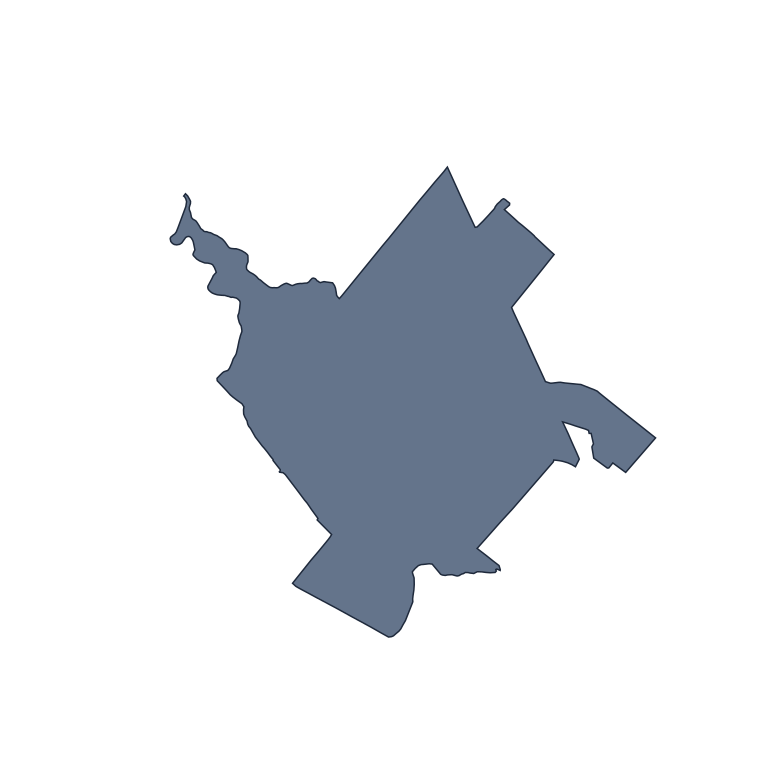 Golesti, Vrancea, Romania, rotated 208°
{"feature_id": "2599482B15818014499843", "entity_name": "Golesti", "entity_type": "district", "adm_level": 2, "iso_a3": "ROU", "parent_name": "Romania", "parent_adm1": "Vrancea", "projection": "mercator", "projection_center": [27.172, 45.659], "detail": "fine", "context": "isolated", "style": "filled", "palette": "slate", "viewbox_px": 768, "rotation_deg": 208, "n_neighbors": 0, "source": "geoboundaries", "source_scale": "gbopen_adm2", "svg_char_len": 5355}
<svg xmlns="http://www.w3.org/2000/svg" viewBox="0 0 768 768"><g transform="rotate(208 384 384)"><path d="M649.1,455.9L647.8,455.6L646.8,455.0L645.8,454.3L643.9,452.3L642.3,447.7L639.3,425.4L638.8,420.8L639.2,418.2L640.0,416.7L640.3,416.0L641.3,413.4L641.0,411.9L639.1,409.7L636.8,408.8L634.7,408.7L632.4,409.5L630.0,411.4L628.8,413.6L627.9,420.2L627.2,421.4L626.1,422.4L624.7,422.9L623.8,422.7L622.8,422.5L620.6,421.2L619.2,420.0L617.0,417.4L615.2,415.2L613.9,413.6L613.9,411.7L613.7,409.5L613.3,408.4L612.3,407.8L608.1,406.4L604.6,406.1L602.8,406.3L600.1,406.6L598.9,406.8L596.4,408.0L593.5,408.8L591.4,408.9L588.4,407.2L585.8,405.0L584.5,403.8L585.0,402.0L585.6,399.5L585.4,396.6L585.4,393.6L585.4,390.8L585.4,387.7L584.9,386.5L583.9,385.3L582.6,384.6L580.5,384.0L578.4,383.7L576.1,383.9L573.9,384.3L572.5,384.7L568.8,386.2L566.1,387.5L563.0,388.1L562.3,388.4L559.7,388.7L558.4,389.6L554.6,390.6L552.6,390.3L550.4,389.6L549.6,388.8L549.0,387.9L546.8,382.6L545.4,378.4L545.2,376.1L544.7,375.0L543.3,373.2L540.6,370.3L538.8,369.0L537.6,368.4L536.6,367.2L534.8,364.8L534.1,363.6L533.5,359.4L532.2,353.9L530.3,347.5L528.7,341.5L528.6,339.9L528.9,335.3L528.2,330.9L527.8,325.3L528.3,322.6L531.0,319.8L531.8,318.3L532.8,315.2L534.1,310.6L532.8,308.6L519.6,304.1L514.7,302.3L511.2,301.5L506.4,300.7L500.2,299.9L497.0,298.1L495.9,295.2L493.8,291.6L491.6,289.7L487.5,287.0L485.6,284.7L483.7,283.2L480.9,282.0L472.6,276.7L468.1,274.7L462.2,272.0L459.7,271.1L455.0,269.1L450.2,266.8L446.8,265.4L446.3,265.1L446.1,264.4L437.1,260.4L435.4,259.7L435.0,258.7L435.0,257.9L435.2,257.4L434.8,257.1L431.4,258.3L428.6,257.7L420.6,254.0L413.0,250.5L402.8,245.7L399.6,244.2L396.1,242.8L392.8,241.1L389.5,239.3L379.2,234.3L379.2,232.6L359.6,226.5L359.7,224.0L360.2,220.6L363.2,205.7L365.7,194.4L371.2,165.1L368.5,164.4L367.0,164.0L365.4,163.9L360.9,163.8L355.9,163.8L341.8,163.7L323.4,163.7L302.6,163.4L281.1,163.2L271.1,162.9L261.2,162.7L258.8,164.4L258.1,165.2L257.4,166.1L256.2,169.3L254.8,172.7L254.2,175.6L254.2,180.2L254.0,185.1L255.9,201.9L256.3,205.2L257.8,207.7L259.1,211.0L260.9,216.1L263.2,221.2L264.7,223.9L266.4,226.9L269.9,230.3L270.8,231.5L269.9,235.7L268.4,239.8L266.4,242.0L264.5,243.2L259.7,246.5L256.9,247.6L246.1,243.2L244.7,242.6L242.9,242.7L240.1,243.7L238.2,245.3L234.4,247.6L231.2,248.3L229.3,248.8L227.8,250.0L226.3,252.5L224.8,253.9L223.8,255.7L221.2,257.0L219.2,257.5L217.5,258.2L215.8,258.8L214.2,261.1L213.4,262.1L209.5,264.0L205.5,265.5L201.6,267.2L197.4,269.8L197.0,271.5L198.2,272.6L197.9,273.3L196.9,273.7L193.9,273.9L194.2,274.7L197.2,277.7L198.9,278.0L204.3,278.9L211.2,280.2L224.6,282.5L220.8,298.2L216.4,316.6L211.8,334.3L204.3,367.0L198.0,394.5L198.1,395.5L198.2,396.0L198.4,396.6L197.4,397.0L195.4,397.8L193.0,398.7L190.4,399.5L188.7,399.9L184.7,400.7L180.2,401.0L176.1,400.8L176.3,409.2L176.9,409.9L181.5,413.6L190.4,420.5L198.2,426.7L208.5,434.4L206.1,434.9L199.9,436.1L195.5,436.8L184.7,438.8L181.6,439.0L179.7,436.7L177.9,437.6L170.9,429.4L171.0,427.7L170.9,426.1L170.5,425.5L164.0,417.0L147.4,414.6L146.1,415.4L144.9,421.7L129.1,419.4L118.9,463.9L135.0,466.9L155.3,470.6L176.0,474.5L189.5,477.1L192.3,477.8L196.1,477.6L200.0,477.1L209.9,476.0L213.2,474.6L225.1,469.7L228.9,468.4L230.5,467.5L236.1,463.6L237.6,462.8L242.6,461.9L251.2,468.5L259.8,475.0L276.2,487.6L279.1,490.0L303.0,508.0L305.1,509.7L307.3,511.5L298.4,557.9L295.5,573.5L294.6,578.2L300.2,579.6L320.0,584.9L320.9,585.4L325.1,586.5L336.2,588.9L341.2,589.8L345.7,591.0L359.6,594.5L357.2,601.0L357.9,602.6L359.9,603.0L360.8,603.1L362.7,603.6L364.3,603.8L365.4,603.7L366.0,603.0L366.7,601.6L367.1,599.9L368.5,596.1L369.0,592.8L368.8,591.0L369.1,589.4L369.8,586.7L371.2,581.1L373.0,574.4L375.5,566.4L377.1,565.1L400.8,582.9L429.9,605.3L430.9,599.5L434.0,585.9L436.6,573.3L438.8,563.1L439.5,559.5L440.8,552.9L448.2,514.8L450.1,505.9L450.3,504.9L457.3,469.4L462.3,443.9L462.8,441.4L463.6,438.4L465.4,439.0L467.4,440.0L469.6,443.0L471.9,445.9L474.0,447.7L476.9,449.2L478.0,448.8L480.4,447.9L483.3,446.8L484.4,446.5L485.3,446.0L486.6,444.8L487.7,443.7L489.0,443.5L490.1,443.8L491.5,443.7L492.5,444.2L494.0,444.7L494.9,444.6L496.0,444.4L497.0,443.6L497.7,441.4L498.2,439.0L498.8,437.9L499.5,436.9L501.4,435.8L503.8,434.1L505.1,433.5L506.1,432.8L507.4,431.9L508.8,430.6L509.9,429.3L510.5,428.5L511.0,428.0L511.8,427.7L512.2,427.6L514.2,427.5L515.8,427.4L516.9,427.3L517.5,427.1L518.2,426.5L519.2,425.4L521.0,422.7L522.1,420.5L522.8,419.4L524.1,418.5L525.1,418.0L526.3,417.5L527.5,416.7L529.0,416.1L530.1,415.8L531.3,415.8L532.8,416.0L538.2,416.9L541.1,417.6L542.2,417.8L543.8,417.8L545.5,418.4L547.0,419.0L548.9,419.4L551.3,419.7L552.9,419.7L554.6,419.7L555.7,419.8L557.7,420.3L559.1,420.8L560.4,422.7L561.0,424.2L561.2,425.5L561.4,427.7L561.7,428.6L562.6,430.2L563.6,432.0L564.6,433.6L565.6,434.1L568.0,434.7L570.3,434.8L572.2,434.9L575.2,434.6L578.0,434.0L579.3,433.3L582.2,432.1L583.2,431.8L584.5,431.7L585.9,432.1L588.7,433.5L591.0,434.7L593.6,435.7L595.5,436.2L598.2,436.3L601.1,436.6L604.5,436.1L606.7,436.2L608.3,436.1L610.0,435.5L611.9,435.3L612.7,434.9L613.6,434.5L615.0,434.3L616.1,434.8L618.8,435.2L620.9,436.6L624.4,438.6L626.4,439.6L627.9,439.8L630.0,439.8L632.1,440.6L633.5,442.3L635.4,444.6L637.7,446.5L638.8,448.4L639.3,450.6L639.6,452.4L640.6,454.5L642.5,455.9L645.7,457.9L648.6,458.8L649.1,455.9Z" fill="#64748b" stroke="#1e293b" stroke-width="1.5"/></g></svg>